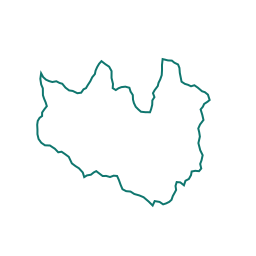 Ribeirão das Neves, Minas Gerais, Brazil (Equal Earth projection), rotated 337°
{"feature_id": "56859067B16245671145058", "entity_name": "Ribeirão das Neves", "entity_type": "district", "adm_level": 2, "iso_a3": "BRA", "parent_name": "Brazil", "parent_adm1": "Minas Gerais", "projection": "equal_earth", "projection_center": [-44.069, -19.777], "detail": "fine", "context": "isolated", "style": "outline", "palette": "teal", "viewbox_px": 256, "rotation_deg": 337, "n_neighbors": 0, "source": "geoboundaries", "source_scale": "gbopen_adm2", "svg_char_len": 1944}
<svg xmlns="http://www.w3.org/2000/svg" viewBox="0 0 256 256"><g transform="rotate(337 128 128)"><path d="M214.1,134.1L214.6,128.5L212.7,125.0L210.5,123.1L208.0,118.1L205.8,114.6L202.3,114.2L200.1,111.7L197.6,109.6L195.4,106.3L196.2,102.4L197.2,97.6L198.8,92.8L198.9,89.1L196.2,86.0L194.7,83.1L191.2,81.4L186.8,78.1L183.9,83.3L181.9,88.1L179.7,92.5L176.6,95.9L173.8,98.3L171.8,101.0L167.3,103.6L164.6,105.7L164.4,109.9L161.2,112.1L159.3,116.2L156.7,119.6L154.4,122.1L150.1,120.2L146.3,118.1L144.8,115.0L143.4,111.5L143.2,107.3L143.7,103.8L145.3,99.5L144.6,95.5L145.0,91.5L141.7,88.9L137.9,87.8L134.8,87.7L131.6,88.3L129.5,85.3L131.4,81.6L132.4,75.5L135.1,69.2L134.6,64.2L132.1,60.4L129.7,56.1L126.5,57.6L123.5,59.8L120.6,62.5L118.6,65.4L114.9,67.3L111.6,70.2L107.6,72.9L104.9,74.9L102.2,75.0L98.7,77.2L95.0,76.2L91.6,72.3L88.5,70.4L86.2,66.4L84.8,61.6L82.6,59.8L80.3,57.0L76.3,56.1L73.7,54.0L71.4,51.5L69.8,48.0L69.4,43.7L66.5,48.5L65.1,54.0L65.1,58.2L62.5,64.6L62.2,68.3L62.2,72.3L61.8,76.2L58.3,78.1L55.0,80.2L53.6,83.4L50.6,84.1L47.7,86.2L45.7,89.5L44.1,93.9L42.2,98.4L41.4,103.2L42.4,107.7L44.8,111.5L49.3,113.6L52.6,118.6L54.3,123.1L57.6,123.9L59.9,127.5L62.2,131.4L62.5,138.6L64.8,142.6L67.1,145.9L69.0,151.3L68.5,156.1L71.7,155.6L75.6,156.5L79.2,155.5L81.9,155.3L83.6,158.3L85.9,162.3L89.2,163.6L92.3,166.1L96.2,166.3L99.2,167.9L99.3,172.3L99.0,177.3L99.0,182.2L101.6,185.4L105.5,187.5L108.0,191.2L112.1,194.5L115.3,197.8L118.3,203.8L120.4,209.0L124.0,205.7L128.2,208.4L130.5,212.0L133.5,212.3L137.1,212.1L140.0,211.1L142.7,208.1L145.8,205.7L148.1,203.8L149.1,199.9L151.7,196.8L154.9,198.5L157.1,202.6L160.3,199.0L164.1,198.7L167.6,196.0L169.6,192.9L173.2,193.7L176.5,195.5L179.6,193.9L180.4,189.3L183.1,186.4L186.1,182.2L185.8,176.7L186.9,169.4L190.8,164.0L191.9,159.6L192.5,155.9L195.7,152.9L200.6,150.1L201.5,145.1L202.1,139.3L205.2,137.7L207.5,135.6L211.5,134.9L214.1,134.1Z" fill="none" stroke="#0f766e" stroke-width="2"/></g></svg>